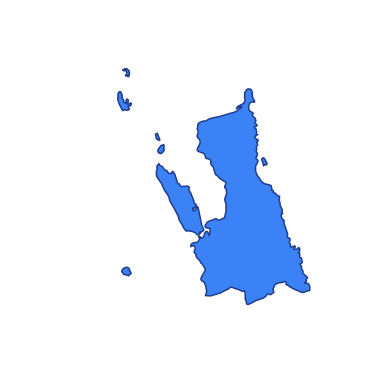 map outline of Jawa Timur (Robinson projection), rotated 244°
{"feature_id": "IDN-1233", "entity_name": "Jawa Timur", "entity_type": "Province", "adm_level": 1, "iso_a3": "IDN", "parent_name": "Indonesia", "parent_adm1": "", "projection": "robinson", "projection_center": [113.217, -7.252], "detail": "fine", "context": "isolated", "style": "filled", "palette": "blue", "viewbox_px": 384, "rotation_deg": 244, "n_neighbors": 0, "source": "natural_earth", "source_scale": "10m", "svg_char_len": 6073}
<svg xmlns="http://www.w3.org/2000/svg" viewBox="0 0 384 384"><g transform="rotate(244 192 192)"><path d="M93.0,158.7L95.5,161.1L96.8,161.8L100.6,162.9L104.9,163.5L107.9,162.0L109.2,161.6L110.2,162.0L112.1,164.1L115.4,169.0L116.3,169.8L117.6,170.1L122.5,169.7L124.4,168.9L127.3,168.8L130.8,167.6L132.1,167.5L135.0,168.3L136.2,167.5L137.3,167.8L139.9,170.1L141.1,170.5L142.3,170.5L143.1,169.9L143.4,168.6L143.4,167.2L144.5,167.5L145.3,168.4L145.7,169.7L145.7,171.0L144.8,173.6L144.5,175.2L146.5,178.5L147.1,178.7L148.8,178.2L149.2,179.3L146.5,180.3L146.1,180.9L146.3,181.7L147.4,183.8L148.8,184.7L149.7,185.7L150.3,187.0L150.0,188.2L149.2,188.6L145.7,188.2L146.7,189.6L151.2,192.2L153.7,189.0L155.0,188.6L156.0,189.0L156.7,189.9L158.2,192.7L158.3,194.7L157.8,198.1L157.8,200.7L157.3,202.0L155.1,203.6L154.7,204.7L154.7,209.9L159.4,213.9L166.6,217.4L170.3,217.9L171.3,218.4L175.7,222.6L179.5,223.9L181.8,223.4L182.9,224.0L184.3,226.0L185.1,226.5L186.5,226.3L191.6,223.1L194.9,222.2L196.7,221.0L198.1,220.8L205.5,222.1L207.8,221.2L209.1,221.3L211.4,222.3L212.7,222.5L213.7,222.2L215.6,219.9L216.5,219.3L219.6,219.9L221.7,219.4L225.7,215.5L227.4,215.1L229.1,216.4L231.4,219.6L232.7,220.9L234.5,221.7L235.9,221.7L239.4,220.8L240.3,221.2L243.2,224.0L246.3,224.3L250.0,226.9L250.8,227.8L251.2,229.2L250.8,233.3L249.7,235.7L250.1,237.9L250.0,241.0L247.7,250.3L245.0,266.4L245.1,267.8L245.8,269.2L246.1,273.5L246.7,274.0L247.4,273.3L247.7,268.8L248.7,270.0L248.9,272.0L248.9,276.2L249.9,278.8L250.8,279.8L251.8,280.2L253.6,280.5L255.1,281.5L258.1,282.8L260.1,286.1L260.1,287.7L258.5,289.9L256.2,290.1L251.2,288.2L249.9,287.9L246.7,288.2L245.5,287.7L245.7,286.8L246.9,285.1L246.5,282.8L244.5,280.7L241.9,279.4L239.5,279.4L237.2,281.0L235.9,281.6L234.6,279.9L233.1,280.1L230.6,281.1L228.1,280.7L227.6,280.4L227.1,279.2L226.6,278.9L223.6,279.9L222.9,278.9L223.3,276.6L222.7,276.2L220.4,277.2L217.9,276.5L216.5,275.8L215.5,274.9L214.8,275.8L214.2,272.7L213.8,272.3L211.9,272.7L211.2,273.2L210.6,274.0L209.1,274.0L208.9,273.8L208.9,272.3L208.2,271.7L207.2,272.0L206.2,271.9L205.4,271.3L204.4,269.6L201.9,268.8L200.6,267.5L198.0,267.7L195.9,266.3L194.6,264.3L193.4,264.2L191.6,265.2L190.5,264.6L187.7,260.9L186.5,260.0L184.1,258.9L181.8,258.1L179.4,257.9L172.1,258.9L169.7,259.6L167.5,260.9L164.6,264.6L162.7,266.0L160.9,265.3L160.1,265.3L158.8,264.2L158.3,265.2L157.9,265.6L157.3,265.7L156.0,264.9L153.9,266.6L151.3,267.2L149.7,268.8L146.2,266.8L144.0,266.4L141.1,265.3L136.6,265.3L135.7,265.0L134.2,264.0L132.9,263.9L133.3,263.1L132.3,262.1L130.9,261.5L128.3,261.3L126.2,262.2L125.4,262.1L124.4,261.3L123.4,260.9L113.0,259.7L111.7,259.2L109.9,257.9L109.4,258.0L107.5,259.5L107.0,259.6L105.9,259.1L104.5,257.7L103.7,257.4L101.5,257.4L99.8,256.6L99.2,256.9L98.6,258.2L98.6,260.5L97.5,260.9L96.6,259.0L96.1,258.6L95.6,258.9L94.3,262.3L95.1,262.8L95.3,263.3L95.0,263.7L94.4,263.9L93.1,263.7L92.0,263.1L91.2,262.1L90.7,260.9L90.3,260.9L89.7,261.7L88.7,261.6L86.8,260.4L86.0,260.4L85.2,261.1L84.3,261.3L80.4,260.2L80.0,259.2L80.0,257.8L79.1,257.4L77.1,257.8L75.5,256.9L72.0,257.0L70.6,256.0L64.7,258.3L64.2,258.2L63.8,256.9L63.4,256.4L61.5,255.6L61.2,253.9L60.8,253.4L60.4,253.5L59.1,256.0L58.3,256.5L56.0,256.5L54.9,256.2L51.9,254.6L52.7,251.0L52.8,248.2L53.9,246.5L60.6,240.6L63.4,238.7L65.9,237.4L67.3,236.2L67.9,236.1L69.3,236.9L69.9,236.9L70.4,236.6L70.8,236.2L71.1,233.9L72.4,229.7L72.4,226.2L71.4,224.7L69.3,222.3L66.7,221.8L65.8,221.3L65.3,217.7L65.5,217.2L67.0,215.9L67.3,215.2L66.1,213.3L65.4,209.8L66.4,201.8L66.1,195.6L66.4,193.0L67.4,192.0L68.9,192.3L70.7,193.1L72.3,192.8L74.3,193.9L77.8,195.4L80.1,195.8L80.2,194.6L81.0,193.4L84.5,190.6L86.1,188.6L89.4,185.7L89.4,184.5L88.8,181.0L89.0,178.8L88.8,173.3L90.5,163.0L93.0,158.7ZM227.4,170.3L230.1,171.5L231.0,172.4L231.9,174.6L230.3,174.7L227.7,176.5L223.7,177.1L222.3,178.7L221.1,179.0L219.7,178.9L218.7,179.6L217.5,181.9L218.3,182.2L218.8,182.8L218.9,183.6L217.6,184.1L215.3,184.3L205.8,182.9L204.7,184.2L202.7,184.1L201.8,184.7L201.2,185.7L199.2,190.8L197.2,191.7L196.2,190.6L194.9,190.1L192.1,190.4L183.4,189.8L181.4,189.1L178.7,190.2L177.5,189.9L177.1,187.7L176.4,186.8L176.4,186.5L177.1,186.0L177.1,185.5L175.1,184.8L174.6,184.9L174.4,185.5L174.4,186.8L174.0,187.3L176.6,189.6L176.4,190.4L175.4,190.7L157.9,186.2L152.7,186.0L152.3,185.3L152.1,183.4L152.2,182.4L152.7,181.6L152.3,181.1L151.7,182.1L151.3,181.7L150.8,179.6L150.9,178.3L151.2,177.9L153.1,177.6L154.8,176.5L156.4,174.8L159.3,171.0L159.2,169.9L161.0,169.2L163.4,168.8L167.1,168.8L172.0,168.2L176.4,169.0L183.6,168.9L193.4,168.2L198.0,169.1L206.2,168.1L213.1,168.3L220.5,167.1L223.0,167.5L224.2,168.0L226.4,169.3L227.4,170.3ZM313.7,169.7L313.8,171.3L313.0,171.9L309.9,171.7L307.9,170.9L306.6,170.0L305.2,171.0L303.1,170.1L300.9,171.2L301.1,172.0L302.9,172.7L304.1,174.1L302.8,175.0L301.5,174.6L299.4,172.7L298.5,174.0L299.0,175.9L298.0,176.3L296.5,174.7L297.0,171.9L294.9,172.1L294.0,171.9L293.6,171.2L293.8,169.7L295.9,167.0L295.3,165.9L295.9,165.4L297.0,165.2L302.9,165.2L307.5,165.7L312.8,168.7L313.7,169.7ZM151.2,93.9L152.7,95.3L153.2,96.3L153.4,97.9L153.3,99.3L152.9,100.5L152.2,101.3L151.2,101.8L149.1,101.8L148.6,101.1L147.2,101.8L145.7,101.7L145.3,101.0L145.1,99.8L144.5,98.3L146.5,96.3L148.1,94.3L148.7,94.6L151.2,93.9ZM245.0,180.3L247.3,184.3L247.0,187.3L246.2,187.3L243.6,186.0L243.2,185.3L242.1,185.4L241.4,185.0L240.3,182.3L240.1,181.0L241.5,179.3L243.0,179.0L244.2,179.4L245.0,180.3ZM331.9,182.7L332.1,183.8L332.0,186.4L331.0,187.7L328.8,188.5L326.5,188.0L324.3,186.7L323.5,185.5L324.0,184.8L325.0,184.9L325.5,183.2L325.9,183.3L326.4,184.7L327.2,185.4L328.0,185.4L329.1,185.9L331.2,186.0L331.5,185.7L331.0,185.7L330.5,184.6L330.7,184.1L331.1,183.7L331.4,183.8L331.6,184.1L331.9,182.7ZM190.5,268.8L191.1,269.2L191.5,270.1L191.5,271.0L191.3,271.4L189.2,271.9L184.7,271.9L184.1,271.5L183.9,270.5L184.1,269.5L184.9,268.8L184.5,267.9L187.4,268.6L190.5,268.8ZM258.4,184.2L259.6,184.3L260.0,184.6L260.1,186.3L259.8,186.6L253.1,186.0L252.8,185.7L253.1,184.7L255.4,183.4L255.9,183.3L258.4,184.2Z" fill="#3b82f6" stroke="#1e3a8a" stroke-width="1.5"/></g></svg>